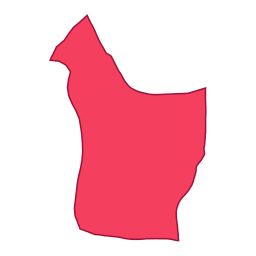 the district of Az Zahir, Al Bayda', Yemen
{"feature_id": "15242507B38205653347436", "entity_name": "Az Zahir", "entity_type": "district", "adm_level": 2, "iso_a3": "YEM", "parent_name": "Yemen", "parent_adm1": "Al Bayda'", "projection": "mercator", "projection_center": [45.434, 13.999], "detail": "fine", "context": "isolated", "style": "filled", "palette": "rose", "viewbox_px": 256, "rotation_deg": 0, "n_neighbors": 0, "source": "geoboundaries", "source_scale": "gbopen_adm2", "svg_char_len": 2698}
<svg xmlns="http://www.w3.org/2000/svg" viewBox="0 0 256 256"><path d="M178.6,240.6L178.5,239.4L178.3,237.5L178.3,235.2L178.1,233.3L177.9,231.3L177.6,229.3L177.5,227.4L177.3,225.4L177.0,223.0L176.8,221.1L176.5,218.9L176.3,216.5L176.2,214.2L176.2,212.1L176.4,210.1L176.7,209.0L176.8,208.6L176.9,207.9L177.6,205.9L178.3,204.0L179.1,202.1L180.2,200.2L181.5,198.4L182.4,197.4L183.0,196.7L184.3,195.4L185.1,194.5L185.6,193.9L187.0,192.4L187.5,191.7L188.2,190.8L189.3,189.2L190.4,187.4L191.6,185.5L192.4,183.6L193.1,181.8L193.5,180.4L193.7,179.6L193.9,178.9L194.2,177.7L194.9,175.6L195.5,173.4L195.9,171.5L195.9,171.4L196.0,170.8L196.1,169.5L196.1,167.5L196.8,165.7L197.1,165.2L198.0,164.1L199.4,162.3L200.9,160.6L202.0,158.9L202.2,158.4L202.9,157.3L203.9,155.5L204.6,153.7L204.4,151.9L204.0,149.9L204.0,147.9L204.4,146.0L204.4,145.9L204.7,143.8L204.8,141.9L205.0,139.8L205.1,138.6L205.2,137.7L205.2,135.8L205.5,133.9L205.6,131.6L205.6,129.6L205.6,127.5L205.6,125.6L205.6,123.6L205.6,121.8L205.6,119.9L205.6,117.5L205.7,115.5L205.8,113.3L205.8,111.0L205.8,108.8L205.8,106.8L205.6,104.4L205.6,102.3L205.5,100.3L205.5,98.2L205.5,96.2L205.5,93.7L205.5,91.3L205.5,89.1L205.6,88.0L188.1,93.3L155.1,94.7L148.9,94.2L144.3,93.1L140.6,92.2L138.5,91.6L136.5,90.9L136.2,90.8L134.1,89.7L131.8,88.5L129.9,87.2L128.3,85.6L126.7,83.6L125.3,81.8L125.0,81.4L124.3,80.2L123.1,78.3L121.9,75.9L121.4,75.0L120.7,73.7L119.4,72.0L118.9,71.4L113.5,60.8L111.3,56.3L109.3,54.8L106.3,53.3L106.0,52.7L105.4,51.8L104.3,49.7L103.0,47.4L101.5,45.0L101.4,44.7L100.3,42.9L99.3,40.9L98.3,38.8L97.3,36.5L96.3,34.3L96.1,33.9L95.5,32.4L94.7,30.5L93.7,28.5L92.8,26.7L91.9,25.0L90.9,23.3L87.1,15.4L79.8,22.1L73.7,27.1L68.7,33.7L64.3,40.3L56.5,46.9L52.2,55.9L52.1,56.0L51.3,57.3L51.1,57.6L50.6,59.3L50.2,60.3L51.0,60.3L59.0,61.2L66.1,65.1L67.0,66.5L70.5,71.8L70.4,72.2L70.0,73.8L69.4,76.3L68.5,79.7L67.5,87.7L67.8,89.8L68.8,95.9L72.2,103.8L75.4,109.6L76.0,110.9L76.2,111.3L78.6,116.9L79.2,118.3L80.6,126.2L80.9,128.1L81.8,134.6L81.9,136.3L82.2,139.8L82.4,143.0L82.7,151.4L82.5,154.2L82.2,157.2L82.1,159.6L80.7,167.6L80.2,169.8L78.8,175.4L77.3,183.4L77.0,186.7L76.9,187.3L76.6,189.9L76.4,191.8L75.6,198.2L75.4,200.0L75.3,201.4L74.7,205.8L74.4,208.0L74.5,208.8L75.1,215.9L78.1,223.6L79.7,228.0L80.0,228.8L95.3,234.6L96.2,234.6L98.1,234.7L101.2,235.0L104.6,235.7L107.5,235.8L110.6,236.2L111.4,236.3L113.6,236.6L116.4,236.8L119.8,237.3L120.0,237.4L123.1,238.0L126.3,238.7L129.8,239.1L132.9,239.3L136.2,239.3L140.0,239.3L143.8,239.0L146.6,238.7L149.6,238.7L152.8,238.7L155.8,238.6L158.8,238.7L161.7,238.7L164.8,238.7L168.0,238.8L171.3,239.3L174.0,239.9L177.2,240.6L178.3,240.6L178.6,240.6Z" fill="#f43f5e" stroke="#9f1239" stroke-width="1.5"/></svg>